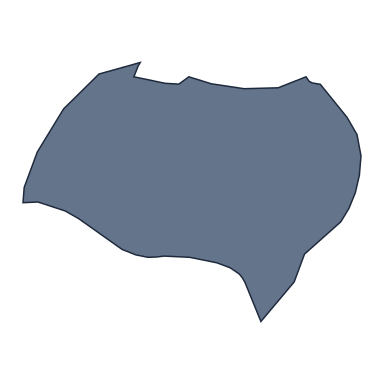 map outline of Bioko Norte (Mercator projection)
{"feature_id": "GNQ-1478", "entity_name": "Bioko Norte", "entity_type": "Province", "adm_level": 1, "iso_a3": "GNQ", "parent_name": "Equatorial Guinea", "parent_adm1": "", "projection": "mercator", "projection_center": [8.803, 3.644], "detail": "fine", "context": "isolated", "style": "filled", "palette": "slate", "viewbox_px": 384, "rotation_deg": 0, "n_neighbors": 0, "source": "natural_earth", "source_scale": "10m", "svg_char_len": 636}
<svg xmlns="http://www.w3.org/2000/svg" viewBox="0 0 384 384"><path d="M23.0,202.7L24.2,187.4L37.3,152.0L63.6,108.9L99.0,74.0L140.2,62.5L138.0,66.3L133.9,76.8L165.1,83.3L178.9,84.1L188.8,76.8L211.4,83.8L244.0,88.7L278.1,87.8L306.0,76.8L309.0,81.2L312.1,82.9L320.3,84.3L347.0,117.3L357.0,134.6L361.0,155.9L359.4,175.2L355.3,192.8L348.9,208.5L340.8,221.8L304.5,254.1L294.2,281.9L260.9,321.5L244.9,282.2L242.3,277.8L239.3,274.0L230.0,267.7L216.8,262.8L189.6,257.3L164.1,256.1L156.5,257.0L147.9,257.3L135.9,254.9L122.2,249.5L78.3,218.4L65.0,210.9L37.9,202.0L23.1,202.7L23.0,202.7Z" fill="#64748b" stroke="#1e293b" stroke-width="1.5"/></svg>